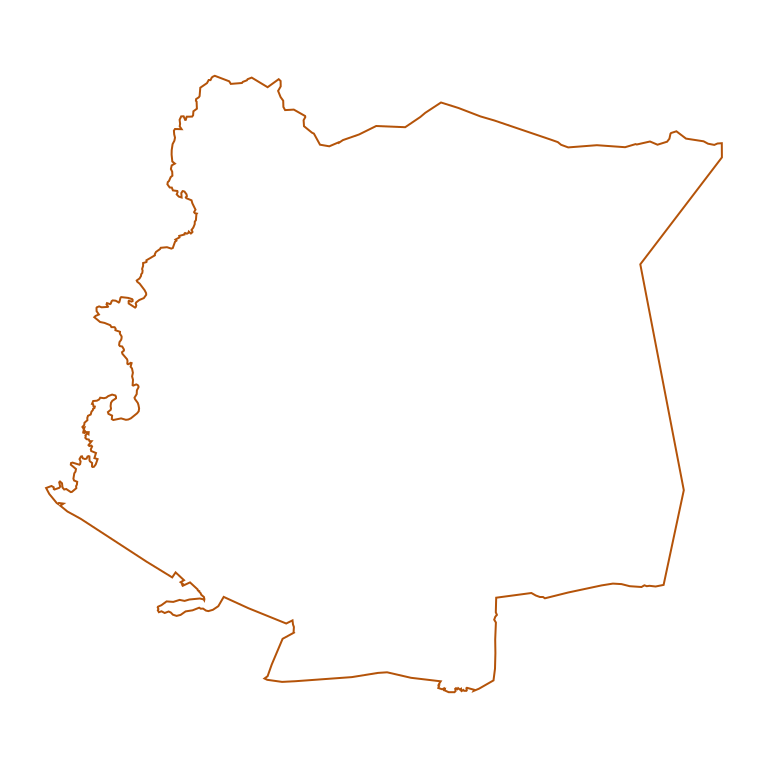 Indras pag., Kraslavas, Latvia (Albers equal-area conic projection)
{"feature_id": "27541924B79959881652965", "entity_name": "Indras pag.", "entity_type": "district", "adm_level": 2, "iso_a3": "LVA", "parent_name": "Latvia", "parent_adm1": "Kraslavas", "projection": "albers", "projection_center": [27.484, 55.869], "detail": "fine", "context": "isolated", "style": "outline", "palette": "amber", "viewbox_px": 768, "rotation_deg": 0, "n_neighbors": 0, "source": "geoboundaries", "source_scale": "gbopen_adm2", "svg_char_len": 5997}
<svg xmlns="http://www.w3.org/2000/svg" viewBox="0 0 768 768"><path d="M46.1,488.0L49.3,494.0L56.7,503.0L58.3,504.1L58.9,503.0L63.5,503.6L60.3,505.7L67.4,511.5L80.7,518.8L146.6,561.7L172.2,577.4L175.6,572.4L184.0,580.2L180.6,582.2L183.4,584.4L182.2,584.9L182.7,585.8L190.0,582.4L197.6,589.4L197.8,590.4L199.2,591.1L199.1,591.6L200.7,593.3L201.2,594.7L203.9,597.0L204.4,599.1L204.2,600.2L203.7,599.4L199.8,598.5L189.4,599.5L184.6,600.9L179.6,599.9L173.3,601.9L166.6,601.4L161.4,605.2L158.0,606.7L157.7,607.3L158.4,609.1L157.8,610.3L158.9,612.2L161.5,611.3L164.7,613.0L168.6,611.5L170.8,612.5L172.9,614.7L176.6,615.9L180.6,614.9L185.6,611.4L192.6,610.3L199.2,607.7L200.7,608.7L203.1,608.6L206.0,610.6L208.4,611.1L212.9,609.8L218.3,606.2L223.7,596.9L248.4,608.2L286.2,623.5L292.5,620.4L293.0,624.5L293.9,627.0L293.6,632.0L294.0,632.6L282.6,638.8L271.7,664.6L267.6,676.2L264.5,678.5L267.2,679.8L282.1,681.9L295.6,681.2L351.9,677.1L378.0,672.9L387.1,672.3L411.0,677.8L440.7,681.3L439.1,683.8L439.3,684.7L438.6,684.9L438.4,685.7L438.9,686.4L438.3,688.0L442.2,689.3L443.9,688.4L444.0,689.7L444.9,689.2L444.7,690.4L448.7,692.2L454.5,692.2L455.6,691.0L455.2,688.8L456.0,688.2L457.3,689.2L458.1,688.1L459.8,689.5L461.0,688.8L461.1,690.6L461.6,691.1L463.2,689.9L464.1,690.8L466.4,690.8L466.8,690.2L466.4,688.2L466.9,687.8L474.3,689.8L473.7,690.9L479.0,688.7L493.5,680.4L495.0,668.7L495.4,653.2L495.2,639.5L495.9,622.5L494.2,619.7L495.3,616.7L496.9,614.9L495.8,612.3L496.2,597.7L531.4,593.0L535.8,595.5L539.9,597.0L543.0,597.0L544.9,598.3L568.2,592.5L601.6,585.4L612.9,583.6L621.5,584.1L629.7,586.2L641.5,587.0L644.4,585.3L646.8,586.2L649.4,585.8L655.6,586.5L663.6,584.9L683.8,490.2L640.3,264.3L721.9,157.4L721.8,143.2L717.5,143.5L714.3,144.9L708.0,143.7L703.6,141.3L686.0,138.6L676.4,131.3L671.1,133.0L670.5,133.7L669.4,138.7L667.1,141.7L657.5,144.7L650.0,141.5L636.8,144.5L635.6,144.1L625.1,147.2L596.9,145.2L568.2,147.4L561.1,144.8L557.8,142.1L550.7,139.6L494.4,120.5L480.4,116.4L458.5,108.0L441.0,102.5L425.3,112.8L420.3,117.0L405.2,127.2L376.2,126.0L359.0,134.5L342.9,140.1L338.9,142.8L338.7,142.3L329.3,146.3L320.0,144.7L313.9,133.6L312.0,132.7L304.0,126.2L303.6,120.2L305.3,117.1L305.1,116.0L293.8,109.6L285.1,110.1L283.4,107.0L283.2,100.7L280.6,97.1L278.1,90.9L280.7,86.4L280.6,81.0L278.7,79.2L267.6,87.2L251.7,77.6L247.6,79.2L246.9,80.3L242.8,81.9L241.9,83.0L230.8,83.9L229.2,81.3L214.8,75.8L213.0,76.6L211.8,77.5L210.5,80.1L208.7,80.0L207.0,83.1L200.3,87.7L199.6,96.1L198.8,97.3L196.1,99.1L195.9,100.8L196.6,101.6L196.9,108.7L193.4,111.3L193.1,115.3L192.1,116.6L186.7,116.7L185.8,119.8L185.2,119.9L183.6,116.3L181.2,116.4L179.6,119.8L180.1,123.9L179.7,126.3L181.6,129.2L175.0,129.0L173.9,130.7L174.2,134.4L175.0,137.6L174.4,140.7L172.6,144.1L171.7,150.1L171.6,154.6L172.3,161.5L174.9,163.6L171.7,165.4L170.9,169.0L172.2,171.7L172.4,175.7L170.7,177.1L169.0,181.0L167.8,182.1L167.4,184.3L169.7,187.5L171.8,187.6L172.9,190.4L177.3,191.0L177.6,192.1L176.7,194.4L178.8,196.6L181.6,197.5L181.3,193.1L182.6,191.1L183.4,191.2L184.5,191.6L186.5,194.3L186.9,196.2L185.8,197.3L186.3,198.2L191.5,200.3L192.4,203.4L195.5,209.7L194.1,212.1L194.9,213.2L196.8,213.6L196.4,214.2L195.9,220.2L194.8,221.6L194.7,224.2L193.3,227.6L191.5,230.0L192.4,231.4L192.4,232.2L190.9,233.5L188.8,231.6L188.4,232.9L186.9,233.7L185.1,233.0L184.5,233.5L184.5,234.5L179.2,235.9L179.5,237.4L175.4,239.6L176.4,240.7L175.0,241.8L172.8,248.0L171.3,248.6L167.0,247.2L160.7,247.8L160.1,249.0L156.0,251.9L154.8,254.2L154.9,255.3L146.4,260.3L146.6,261.8L146.3,262.1L143.1,263.0L143.1,265.9L142.1,269.0L142.6,270.6L142.3,272.9L141.2,274.3L141.0,276.0L139.5,278.5L136.7,280.5L137.2,281.7L139.7,283.7L144.6,290.2L146.1,293.1L146.2,294.8L143.8,298.1L139.3,300.0L136.2,302.4L135.7,303.4L136.3,305.4L135.8,307.0L135.1,307.6L128.7,303.5L128.6,301.2L128.9,300.8L131.5,301.6L132.6,301.1L132.6,299.7L132.1,299.1L128.2,297.9L121.2,297.1L120.5,297.8L119.4,301.9L118.8,302.5L115.7,300.7L112.7,300.4L111.7,301.1L110.7,303.7L110.0,304.1L107.0,303.1L106.5,304.4L108.0,306.6L107.8,306.9L101.6,307.3L99.1,306.4L96.9,307.3L96.5,307.9L96.6,311.2L98.9,314.5L95.6,315.9L94.3,317.2L100.1,322.0L104.5,322.9L110.3,325.2L111.4,327.1L114.6,327.2L115.6,328.6L115.4,330.2L120.0,331.8L119.9,333.7L121.6,336.4L121.6,337.9L121.2,339.7L119.5,342.1L119.1,345.0L119.9,346.1L122.2,346.5L123.9,349.4L123.9,350.6L122.0,352.2L122.4,353.8L127.1,359.3L127.5,360.9L127.3,363.4L127.6,364.1L128.5,364.2L130.7,362.8L131.6,363.1L130.6,366.7L132.0,368.5L132.9,372.8L132.1,376.4L133.0,379.8L132.6,385.2L133.2,385.6L136.2,384.4L137.6,385.0L138.5,386.3L138.5,387.3L136.9,390.3L136.7,394.1L134.5,397.7L134.9,399.0L137.7,402.8L138.4,404.8L139.1,408.4L138.7,411.3L137.1,413.3L130.9,418.3L128.3,419.5L125.9,419.8L121.1,418.4L113.3,420.0L111.8,419.1L112.1,415.6L108.5,413.9L107.9,412.1L110.7,409.8L111.0,408.5L110.6,406.1L111.0,402.8L112.3,400.8L116.0,398.3L116.0,396.8L115.4,395.5L112.1,394.6L108.2,396.1L106.3,397.6L104.0,398.2L100.2,397.7L99.2,399.4L96.9,400.7L93.2,401.0L92.0,403.9L93.1,404.2L93.5,406.4L94.8,406.6L94.4,408.1L93.1,408.8L92.8,410.2L91.5,411.6L90.7,414.5L88.0,415.8L87.3,417.9L87.4,420.2L84.5,422.7L84.2,425.0L82.4,427.0L83.0,427.9L84.5,427.5L83.7,429.5L84.8,430.8L83.4,431.2L83.2,432.6L84.5,433.0L85.4,432.1L88.7,432.1L88.5,434.2L87.4,433.3L85.4,435.5L85.7,436.7L85.3,437.8L86.6,439.2L88.8,439.5L89.5,441.1L91.6,441.2L88.5,445.1L89.3,446.0L91.4,445.6L92.1,446.5L90.8,449.3L91.2,451.0L96.0,453.0L94.4,458.1L97.6,459.1L95.7,464.5L93.9,466.8L92.5,467.0L92.0,466.4L92.1,463.0L89.9,461.3L89.5,460.4L89.4,456.4L88.6,456.1L87.5,456.5L86.6,458.6L84.9,459.0L82.8,458.3L82.0,456.3L81.0,456.5L79.5,459.1L80.6,461.4L80.1,464.1L79.4,464.7L72.5,462.6L71.0,463.1L70.8,464.7L76.0,469.0L75.5,471.6L74.3,473.3L73.4,478.7L74.1,480.5L77.2,481.8L76.9,484.6L76.1,486.1L76.3,488.2L71.9,491.9L70.8,492.1L66.2,489.0L64.2,489.5L62.5,487.5L62.0,483.3L60.0,481.5L59.2,482.3L60.2,486.6L59.3,487.8L54.5,489.5L53.8,489.1L53.7,487.3L51.5,486.0L46.1,488.0Z" fill="none" stroke="#b45309" stroke-width="2"/></svg>